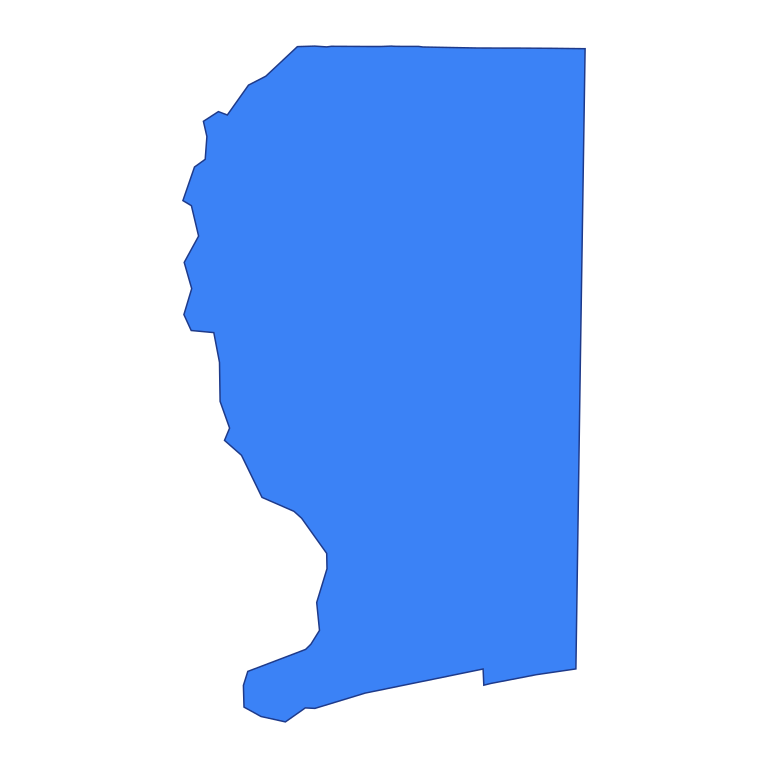 Santa Rosa, Florida, United States of America
{"feature_id": "52423323B90270003054506", "entity_name": "Santa Rosa", "entity_type": "district", "adm_level": 2, "iso_a3": "USA", "parent_name": "United States of America", "parent_adm1": "Florida", "projection": "equal_earth", "projection_center": [-87.113, 30.667], "detail": "fine", "context": "isolated", "style": "filled", "palette": "blue", "viewbox_px": 768, "rotation_deg": 0, "n_neighbors": 0, "source": "geoboundaries", "source_scale": "gbopen_adm2", "svg_char_len": 902}
<svg xmlns="http://www.w3.org/2000/svg" viewBox="0 0 768 768"><path d="M483.8,685.2L491.1,683.4L536.2,674.7L574.6,669.1L575.9,668.9L580.3,365.3L585.1,48.7L584.8,48.7L550.9,48.3L549.8,48.3L518.5,48.1L507.0,48.1L476.8,48.0L423.0,47.0L418.5,46.4L401.2,46.4L394.1,46.3L391.4,46.1L380.9,46.5L373.1,46.5L369.6,46.5L331.3,46.3L326.7,46.9L314.7,46.1L298.0,46.6L297.3,46.7L265.8,76.2L248.5,85.1L227.3,115.0L218.4,111.6L203.4,121.3L206.9,136.6L205.2,159.3L194.5,167.0L182.9,200.6L191.4,205.7L198.6,236.1L184.2,262.4L191.7,288.6L183.9,314.6L191.2,330.5L213.8,332.6L219.5,362.4L220.1,401.4L229.6,428.1L224.5,440.4L241.5,455.3L262.0,497.4L293.9,511.3L301.6,518.2L326.7,553.4L327.0,568.7L316.7,602.5L319.5,630.4L310.9,644.2L305.6,649.4L247.8,671.4L243.4,685.4L244.0,707.1L261.0,716.5L285.4,721.9L305.3,707.9L314.9,708.4L365.1,693.1L483.1,669.0L483.8,685.2Z" fill="#3b82f6" stroke="#1e3a8a" stroke-width="1.5"/></svg>